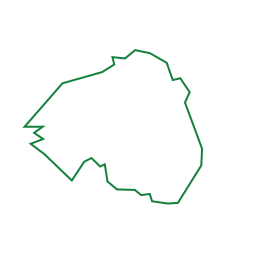 outline of Menifee, Kentucky, United States of America, rotated 216°
{"feature_id": "52423323B19436754719292", "entity_name": "Menifee", "entity_type": "district", "adm_level": 2, "iso_a3": "USA", "parent_name": "United States of America", "parent_adm1": "Kentucky", "projection": "mercator", "projection_center": [-83.6, 37.939], "detail": "fine", "context": "isolated", "style": "outline", "palette": "green", "viewbox_px": 256, "rotation_deg": 216, "n_neighbors": 0, "source": "geoboundaries", "source_scale": "gbopen_adm2", "svg_char_len": 543}
<svg xmlns="http://www.w3.org/2000/svg" viewBox="0 0 256 256"><g transform="rotate(216 128 128)"><path d="M51.4,90.3L43.6,96.7L46.7,140.8L55.9,154.8L96.9,182.1L99.1,193.2L114.9,199.0L120.0,193.1L135.0,203.5L154.3,201.4L168.0,195.2L171.3,182.5L182.2,176.2L176.5,171.3L181.7,158.2L207.3,125.6L212.4,68.2L197.8,78.9L201.1,68.9L190.2,69.2L197.5,58.0L180.3,57.7L142.6,52.5L143.6,75.0L139.9,82.2L127.9,80.5L125.4,85.0L113.2,72.7L100.9,71.8L86.1,81.9L77.9,81.5L71.6,87.4L65.4,82.9L51.4,90.3Z" fill="none" stroke="#15803d" stroke-width="2"/></g></svg>